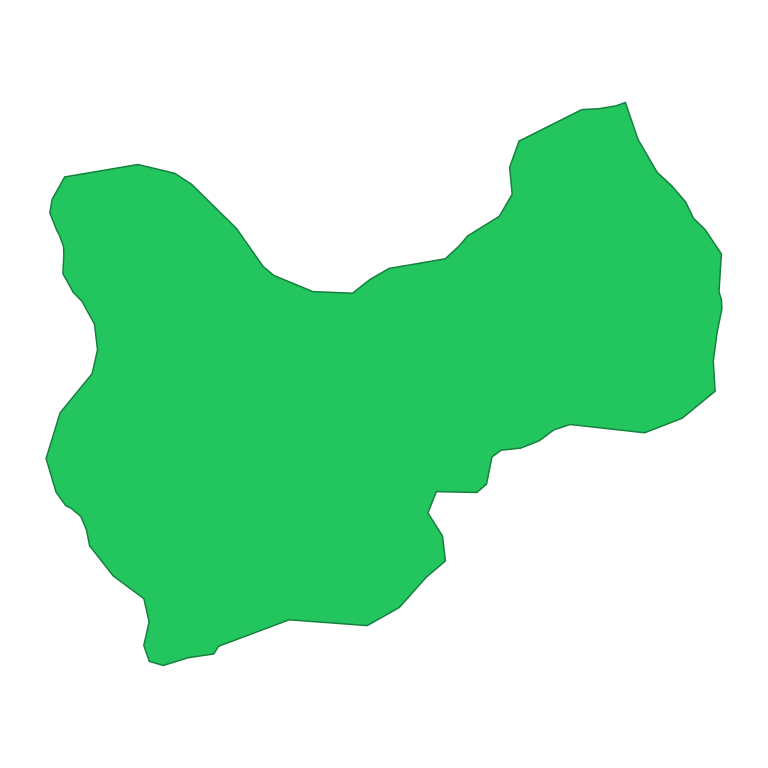 the border of Mus
{"feature_id": "TUR-2310", "entity_name": "Mus", "entity_type": "Province", "adm_level": 1, "iso_a3": "TUR", "parent_name": "Turkey", "parent_adm1": "", "projection": "mercator", "projection_center": [41.844, 39.013], "detail": "fine", "context": "isolated", "style": "filled", "palette": "green", "viewbox_px": 768, "rotation_deg": 0, "n_neighbors": 0, "source": "natural_earth", "source_scale": "10m", "svg_char_len": 1107}
<svg xmlns="http://www.w3.org/2000/svg" viewBox="0 0 768 768"><path d="M352.5,293.2L370.2,279.3L389.2,268.4L445.2,258.8L459.0,246.1L467.8,235.8L499.3,216.3L512.2,194.2L509.6,167.5L519.0,141.1L581.7,109.6L599.0,108.7L616.1,105.8L625.4,102.5L638.1,139.6L657.2,172.4L671.7,185.8L685.7,202.0L693.5,218.3L705.1,229.6L721.4,253.9L719.0,291.9L721.5,299.9L721.9,308.9L717.2,331.9L713.3,361.0L715.1,391.2L682.2,418.2L644.6,432.8L569.9,424.5L553.8,429.9L539.3,440.7L520.7,448.1L501.1,450.2L492.0,456.9L486.5,484.2L476.8,492.5L436.4,491.6L427.9,512.9L442.5,536.0L445.4,560.9L426.2,577.3L399.3,607.5L367.2,625.6L289.1,619.8L218.7,646.2L213.8,653.9L188.3,657.7L163.2,665.5L149.3,661.4L143.8,645.5L149.1,621.9L143.9,598.7L113.2,575.9L89.6,545.8L86.6,530.3L80.8,516.4L71.0,508.2L65.7,505.6L56.1,492.2L46.1,458.5L60.1,412.8L92.1,373.7L97.5,349.9L94.5,324.1L81.9,301.2L73.2,292.3L62.9,273.7L63.8,255.5L63.5,246.5L59.5,235.5L56.8,230.4L49.8,212.9L52.0,199.6L64.7,176.9L137.9,164.5L174.7,173.3L191.7,184.4L236.6,228.6L263.1,266.5L273.9,275.5L312.8,291.6L352.5,293.2Z" fill="#22c55e" stroke="#15803d" stroke-width="1.5"/></svg>